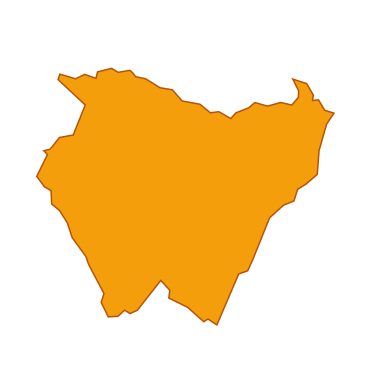 outline of Newberry, South Carolina, United States of America, rotated 172°
{"feature_id": "52423323B77423065564035", "entity_name": "Newberry", "entity_type": "district", "adm_level": 2, "iso_a3": "USA", "parent_name": "United States of America", "parent_adm1": "South Carolina", "projection": "mercator", "projection_center": [-81.608, 34.303], "detail": "fine", "context": "isolated", "style": "filled", "palette": "amber", "viewbox_px": 384, "rotation_deg": 172, "n_neighbors": 0, "source": "geoboundaries", "source_scale": "gbopen_adm2", "svg_char_len": 1042}
<svg xmlns="http://www.w3.org/2000/svg" viewBox="0 0 384 384"><g transform="rotate(172 192 192)"><path d="M268.8,324.1L271.3,317.9L281.9,323.4L291.6,320.3L306.4,327.1L309.0,322.0L285.6,293.0L301.7,265.0L315.7,264.4L326.5,254.1L333.0,253.5L329.9,249.2L343.6,229.1L337.3,217.6L331.4,213.0L332.6,199.6L325.7,192.0L319.7,178.6L317.0,163.5L306.0,142.8L304.5,134.7L293.3,103.7L297.3,95.4L292.3,80.0L282.6,79.2L275.2,84.3L270.2,80.2L262.6,82.5L235.2,108.8L227.7,97.8L229.7,90.2L212.4,78.4L198.4,61.9L193.8,64.0L185.9,56.9L157.1,104.4L147.8,106.2L140.8,117.3L118.8,155.6L103.2,166.2L92.3,168.9L87.0,180.0L77.8,184.1L65.5,192.0L60.4,215.4L49.2,240.6L40.4,250.3L49.2,254.5L53.9,265.6L59.9,265.9L58.4,271.2L63.3,283.3L76.5,289.8L72.3,277.4L73.5,270.9L81.1,264.2L91.7,268.3L105.2,266.5L117.2,271.8L124.4,267.4L137.4,264.3L143.4,259.3L154.3,267.8L162.8,267.9L171.9,277.8L189.1,283.5L197.3,296.0L209.2,299.7L222.2,310.6L231.8,314.0L233.8,317.8L236.5,321.1L248.5,320.8L254.4,325.6L268.8,324.1Z" fill="#f59e0b" stroke="#b45309" stroke-width="1.5"/></g></svg>